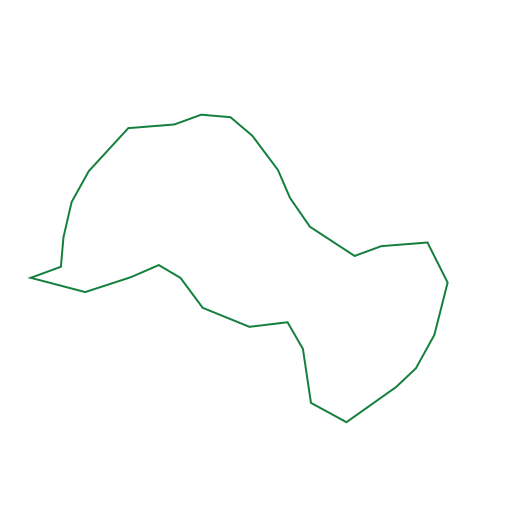 outline of Psimolofou, Nicosia, Cyprus, rotated 205°
{"feature_id": "46923920B41112983701045", "entity_name": "Psimolofou", "entity_type": "district", "adm_level": 2, "iso_a3": "CYP", "parent_name": "Cyprus", "parent_adm1": "Nicosia", "projection": "mercator", "projection_center": [33.281, 35.058], "detail": "fine", "context": "isolated", "style": "outline", "palette": "green", "viewbox_px": 512, "rotation_deg": 205, "n_neighbors": 0, "source": "geoboundaries", "source_scale": "gbopen_adm2", "svg_char_len": 534}
<svg xmlns="http://www.w3.org/2000/svg" viewBox="0 0 512 512"><g transform="rotate(205 256 256)"><path d="M425.8,317.9L443.4,262.3L445.9,226.9L438.4,191.6L428.3,163.8L451.0,141.0L395.6,151.1L360.4,184.0L340.3,206.7L315.1,204.2L282.4,186.5L232.1,189.0L199.4,209.3L174.2,191.6L144.1,146.1L103.8,143.6L73.6,196.6L63.6,221.9L61.0,259.8L71.1,312.9L106.3,340.7L146.6,317.9L166.7,297.7L219.5,305.3L249.7,323.0L272.4,343.2L310.1,363.4L337.8,371.0L365.4,360.9L385.6,340.7L425.8,317.9Z" fill="none" stroke="#15803d" stroke-width="2"/></g></svg>